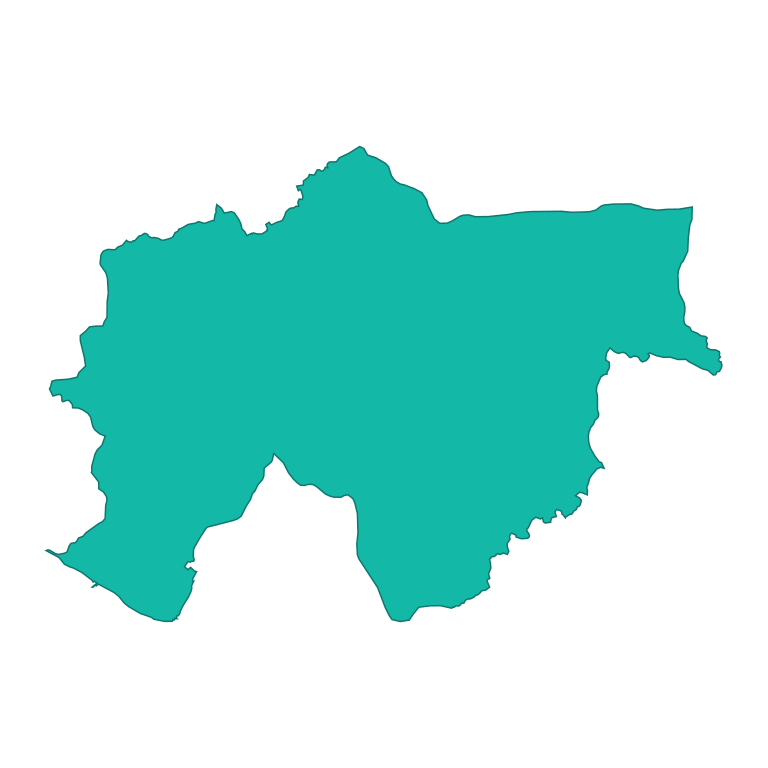 San Pedro, Antioquia, Colombia (Mercator projection)
{"feature_id": "7082276B41914425714462", "entity_name": "San Pedro", "entity_type": "district", "adm_level": 2, "iso_a3": "COL", "parent_name": "Colombia", "parent_adm1": "Antioquia", "projection": "mercator", "projection_center": [-75.553, 6.456], "detail": "fine", "context": "isolated", "style": "filled", "palette": "teal", "viewbox_px": 768, "rotation_deg": 0, "n_neighbors": 0, "source": "geoboundaries", "source_scale": "gbopen_adm2", "svg_char_len": 6052}
<svg xmlns="http://www.w3.org/2000/svg" viewBox="0 0 768 768"><path d="M692.2,207.0L678.7,209.2L667.1,209.3L657.4,210.2L643.6,208.2L638.1,205.8L630.8,203.9L613.3,204.1L604.1,205.0L601.1,206.1L596.0,210.0L590.1,211.6L586.0,211.9L571.7,212.3L561.7,211.3L530.9,211.6L516.9,212.8L508.3,214.5L488.3,216.6L475.1,216.7L469.1,214.9L463.2,215.2L459.9,216.3L452.1,221.0L447.0,223.2L439.7,223.3L434.3,219.0L428.0,205.7L426.6,199.8L421.9,192.7L414.3,188.7L404.6,185.0L400.2,184.0L396.4,181.8L393.7,179.1L391.5,175.9L388.5,166.7L385.5,163.4L375.9,157.8L367.6,155.1L363.9,148.6L359.7,146.5L348.6,153.4L339.3,157.8L336.4,161.8L329.3,162.0L327.4,163.8L327.1,165.6L327.7,167.7L325.3,167.2L324.5,169.2L322.9,171.1L321.2,170.9L319.4,169.8L317.1,170.0L314.3,175.1L309.4,174.5L308.1,177.6L303.5,180.9L303.3,185.1L296.7,186.1L298.4,190.7L300.1,189.5L301.0,190.3L303.0,196.5L302.2,199.6L299.3,199.0L298.8,199.9L297.8,202.5L298.7,206.3L296.0,206.3L293.7,207.9L291.1,208.0L289.1,208.9L286.0,211.9L284.5,216.2L282.2,220.6L276.3,222.5L272.2,224.6L271.0,224.8L269.2,222.3L266.7,223.8L265.8,224.5L267.5,228.4L266.9,230.0L267.2,230.6L261.8,234.0L257.1,233.9L253.3,232.9L252.2,234.0L251.7,233.3L246.9,235.6L244.8,231.8L242.0,228.9L240.8,223.6L238.9,219.6L234.4,212.9L231.3,211.6L224.3,213.1L221.4,208.2L216.8,204.6L215.9,209.4L216.1,212.4L215.1,214.3L214.0,220.8L212.6,220.5L204.6,223.4L198.4,221.6L195.6,223.1L188.2,224.4L180.8,228.6L178.9,229.1L177.9,231.2L175.0,232.7L173.4,236.0L171.8,237.8L164.7,240.0L162.0,240.3L158.2,238.3L154.0,237.5L151.6,237.8L148.5,236.2L147.8,234.7L146.4,233.7L144.4,233.4L141.0,235.6L139.0,236.0L134.9,240.7L132.8,240.9L131.5,242.3L127.8,241.4L126.4,240.3L122.6,245.1L117.9,247.0L115.0,249.8L107.9,249.4L104.2,250.7L102.8,251.8L101.0,254.8L100.1,262.9L100.4,264.8L105.8,272.7L107.4,277.8L108.3,293.0L107.2,301.3L107.0,317.3L104.3,321.7L102.8,326.0L95.7,326.1L89.5,326.9L85.7,331.2L80.3,335.6L80.3,340.7L84.3,357.1L85.6,366.1L79.0,372.5L77.1,377.2L68.2,379.2L55.7,380.1L51.9,381.3L50.7,386.4L49.5,388.9L52.9,396.0L57.8,394.6L60.4,394.5L61.8,396.7L61.9,400.7L62.7,401.7L67.2,400.3L69.4,400.7L72.4,404.6L72.6,407.8L78.2,408.0L82.4,409.7L87.9,413.3L90.6,417.2L92.8,426.4L94.8,429.8L99.4,433.7L105.2,436.1L101.9,445.3L97.4,449.7L95.1,453.9L91.8,466.1L91.8,471.1L91.4,472.5L98.7,482.0L98.7,488.7L103.6,492.1L106.6,496.8L107.0,500.1L105.7,505.5L105.1,518.6L102.3,521.8L99.0,523.4L86.0,532.7L82.9,536.4L78.5,538.0L76.9,541.0L75.2,542.7L71.3,543.3L70.4,544.0L69.0,546.3L67.1,551.9L64.3,553.3L58.1,554.4L55.4,553.6L49.5,550.1L47.9,549.9L46.1,550.6L59.0,557.5L64.5,564.3L70.0,567.0L73.1,567.9L81.8,572.4L92.2,580.4L93.0,582.0L94.8,581.4L97.0,583.1L92.2,587.1L92.8,587.2L95.5,585.2L96.4,585.8L98.4,584.1L114.2,592.6L118.7,596.2L124.2,603.0L128.8,606.7L140.2,613.4L151.6,617.4L153.8,619.2L164.7,621.4L172.2,621.3L173.0,619.6L173.6,620.1L174.6,619.6L174.4,618.6L177.2,618.7L176.3,617.5L176.9,615.9L178.3,615.7L179.6,614.0L180.5,610.8L183.2,605.3L188.1,597.5L190.8,592.0L191.7,588.7L191.6,585.6L193.8,581.1L192.5,581.2L192.9,578.3L196.6,571.7L194.4,571.0L190.6,567.4L187.8,569.7L184.5,566.6L188.1,561.5L190.3,562.2L190.9,561.6L193.8,561.1L194.2,559.6L193.3,556.9L193.5,549.9L194.4,547.4L199.4,538.6L205.7,528.8L207.3,527.1L233.2,520.5L237.7,518.8L241.2,516.1L246.6,505.5L250.5,499.5L252.4,493.7L254.8,491.2L257.9,484.8L262.4,479.7L263.8,476.2L264.2,468.1L271.3,462.0L272.3,460.1L273.7,453.4L283.4,462.7L288.5,472.8L293.2,478.8L297.1,482.7L300.5,485.2L304.6,485.5L307.5,484.5L310.8,484.3L313.5,484.7L317.1,487.0L325.4,494.0L330.2,496.2L334.1,497.2L341.2,497.2L344.1,495.5L348.0,494.8L353.0,498.7L354.8,502.8L357.4,513.5L358.0,533.0L356.8,544.0L357.4,554.6L358.8,558.7L377.6,587.5L385.5,608.1L389.4,615.8L392.0,619.6L400.3,621.5L409.3,620.1L413.1,614.3L418.8,607.2L430.3,605.8L440.5,605.7L451.8,608.2L452.9,607.0L454.1,607.3L456.0,605.8L458.5,606.0L459.8,605.5L461.5,603.2L463.9,603.1L465.4,600.3L467.5,599.1L470.4,598.9L473.7,597.3L475.9,595.2L477.6,594.9L479.7,593.2L482.0,590.6L485.4,590.3L489.6,587.2L487.0,580.9L487.4,579.9L489.8,578.3L488.5,574.0L490.8,568.3L490.4,562.6L489.5,559.4L492.0,556.7L494.5,556.4L497.8,553.5L499.7,554.5L503.6,553.1L507.3,554.4L508.8,551.5L507.4,547.2L507.1,543.6L510.0,539.4L509.5,536.1L510.7,533.6L512.1,533.4L515.7,534.9L516.1,537.0L521.6,538.8L527.7,538.3L528.9,537.3L529.5,535.7L528.7,533.4L527.1,531.5L526.8,528.9L528.2,527.9L531.8,520.3L535.7,517.2L540.4,519.0L542.4,517.8L543.5,521.9L545.2,523.0L550.6,522.3L551.0,519.4L552.0,517.6L556.4,516.6L554.9,511.9L556.7,509.5L560.8,510.8L561.7,512.0L562.2,514.4L563.1,514.8L565.4,517.9L565.8,517.0L569.7,514.4L571.8,514.1L573.9,511.0L576.2,509.6L577.4,506.6L578.6,506.6L579.9,505.6L581.3,501.2L581.1,499.9L579.5,497.9L575.4,495.7L579.6,492.3L582.5,492.8L587.3,494.9L587.5,490.2L586.8,488.4L587.1,486.3L588.4,483.5L589.5,478.6L591.7,475.1L596.8,469.0L600.7,467.3L604.1,468.3L601.5,462.7L598.9,461.5L594.8,455.9L590.4,448.2L588.8,442.7L588.3,436.2L589.0,431.8L590.6,427.7L593.5,424.0L594.9,420.4L597.9,417.4L598.5,415.9L598.7,413.9L597.5,410.1L597.4,395.5L596.4,391.2L596.7,386.6L600.7,377.1L603.9,374.7L607.0,374.1L607.1,372.1L609.0,368.5L609.5,366.2L609.2,362.2L606.1,360.4L605.7,358.2L606.7,352.7L610.0,347.9L614.4,351.7L618.3,353.4L622.4,352.3L625.5,353.1L629.8,357.5L631.2,357.4L633.3,356.2L636.8,356.4L638.6,357.5L640.6,360.7L642.4,361.9L646.3,360.5L648.9,357.5L649.4,355.5L648.0,353.7L649.7,352.9L656.5,355.7L663.5,357.3L670.0,357.1L678.0,359.5L686.1,359.4L688.5,361.5L702.5,368.9L707.9,370.3L713.3,375.0L715.5,374.7L717.2,371.7L719.4,371.5L721.5,367.5L721.9,365.2L721.0,361.8L719.5,361.5L718.5,360.2L718.8,358.8L720.4,357.1L719.2,355.2L719.7,353.3L719.2,351.5L715.5,349.9L710.4,349.7L707.1,347.8L706.7,346.3L707.4,344.0L706.1,340.8L707.2,337.8L705.2,336.4L700.8,335.8L697.3,333.3L691.6,331.0L689.7,327.3L686.2,325.5L684.7,323.8L683.9,321.0L683.8,316.9L684.8,311.9L684.9,307.2L683.9,302.4L679.4,293.6L678.5,288.8L677.9,275.1L678.5,270.4L681.2,263.4L683.2,261.1L687.7,251.2L688.3,237.9L689.8,225.0L691.9,219.5L692.2,207.0Z" fill="#14b8a6" stroke="#0f766e" stroke-width="1.5"/></svg>